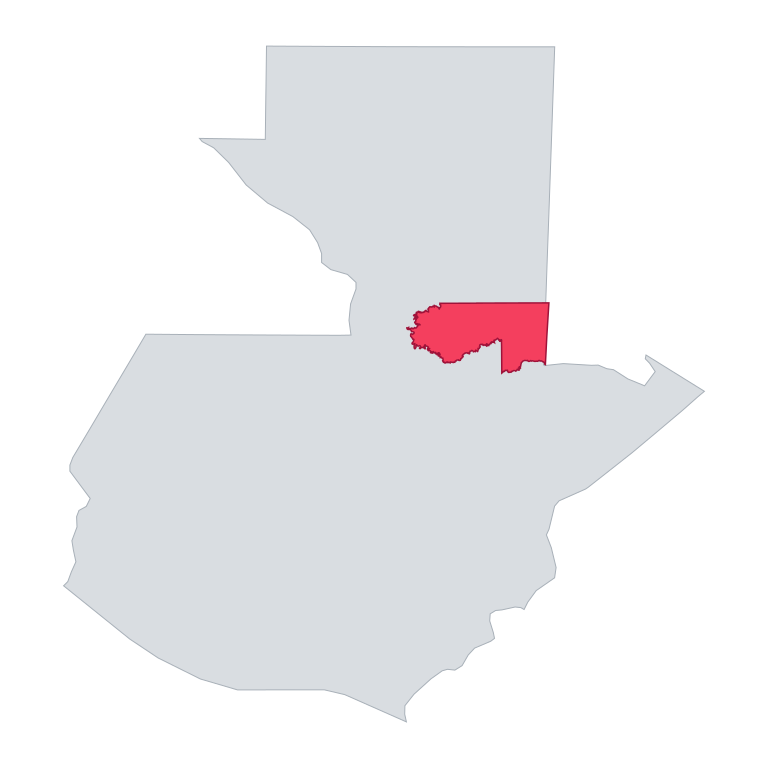 San Luis, Petén, Guatemala shown in context
{"feature_id": "79465075B4836456001209", "entity_name": "San Luis", "entity_type": "district", "adm_level": 2, "iso_a3": "GTM", "parent_name": "Guatemala", "parent_adm1": "Petén", "projection": "albers", "projection_center": [-89.769, 16.056], "detail": "fine", "context": "in_parent", "style": "filled", "palette": "rose", "viewbox_px": 768, "rotation_deg": 0, "n_neighbors": 0, "source": "geoboundaries", "source_scale": "gbopen_adm2", "svg_char_len": 7514}
<svg xmlns="http://www.w3.org/2000/svg" viewBox="0 0 768 768"><path d="M63.6,585.8L67.8,581.6L71.4,571.8L75.9,561.8L73.4,550.1L71.9,540.7L77.0,527.0L76.6,516.7L79.0,510.4L86.3,506.4L90.2,498.5L69.9,471.2L69.9,465.1L72.8,457.5L89.9,428.8L110.1,394.6L132.5,356.9L145.9,334.2L194.0,334.6L225.9,334.8L266.3,335.0L310.3,335.2L339.1,335.3L351.0,335.1L349.0,320.3L350.6,303.9L356.0,289.0L356.0,282.4L347.4,274.4L330.8,269.6L321.6,262.5L321.6,253.5L317.6,242.6L309.6,229.8L292.9,216.6L267.7,203.1L246.2,185.0L228.6,162.4L213.7,147.8L202.2,141.6L199.5,138.4L233.3,138.9L265.3,139.4L265.7,107.1L266.1,78.5L266.5,46.1L324.4,46.4L393.5,46.7L465.2,46.8L521.6,46.8L554.7,46.8L553.3,86.9L551.7,133.4L550.5,167.6L548.9,213.3L547.2,259.9L545.0,323.6L543.5,364.7L544.3,365.6L563.3,363.6L591.4,365.3L598.2,365.1L606.8,368.7L613.5,369.7L627.8,378.9L644.6,385.8L655.2,371.6L649.6,363.2L645.3,358.8L646.0,355.0L704.4,391.3L697.6,397.0L682.8,410.1L656.1,432.6L632.1,452.7L608.9,471.0L588.0,487.4L585.6,489.0L559.1,500.8L554.6,506.1L549.0,529.2L546.4,534.9L551.3,547.7L556.1,567.5L554.6,577.8L536.2,590.6L527.8,602.1L524.1,609.5L520.8,607.6L515.1,607.0L501.9,609.9L495.6,610.5L490.2,613.8L489.7,620.9L493.3,632.5L494.5,638.4L490.8,641.2L474.6,648.1L468.2,655.0L462.1,665.6L454.9,670.1L447.5,669.3L442.2,670.8L431.0,678.8L414.0,694.2L404.9,705.7L404.7,714.2L406.4,721.9L344.7,694.6L324.2,689.8L237.5,689.9L200.4,679.0L158.2,658.0L129.7,639.0L63.6,585.8Z" fill="#d9dde1" stroke="#a8b0b8" stroke-width="1"/><path d="M515.7,371.1L516.6,370.6L517.1,369.8L517.1,369.4L517.5,369.2L517.9,369.3L518.4,370.1L519.0,370.1L518.8,369.1L519.0,369.0L519.4,369.2L519.6,369.0L519.0,368.1L519.5,368.1L519.9,368.5L520.5,368.0L520.4,367.8L519.7,367.6L519.3,366.9L519.5,366.7L520.3,366.7L520.8,365.9L520.7,365.1L521.2,363.6L521.2,362.9L523.0,361.0L524.7,360.4L526.6,360.6L527.5,360.4L527.8,360.6L528.0,361.1L528.7,361.4L529.6,361.3L530.8,360.6L531.3,361.1L532.4,360.8L534.8,361.4L536.6,361.2L537.8,361.3L538.8,360.5L539.4,360.5L540.1,361.1L540.7,360.9L541.7,361.0L543.0,361.9L543.5,361.9L544.4,362.7L544.7,363.3L544.7,364.1L545.2,364.1L545.4,364.3L546.8,336.6L548.9,302.9L476.5,303.1L476.4,303.2L439.9,303.3L440.0,303.9L439.8,304.5L440.2,305.0L440.7,305.1L440.7,306.6L440.4,307.3L439.8,307.6L439.6,308.3L439.2,308.9L438.9,308.6L439.0,307.9L438.6,307.4L437.9,307.3L436.2,306.1L434.8,305.9L434.4,305.4L434.2,305.4L434.1,306.9L433.0,306.2L432.7,306.3L432.2,306.9L431.7,306.8L431.1,307.1L430.6,306.8L429.8,306.8L429.2,307.5L428.6,308.1L428.5,308.7L427.9,309.1L428.5,309.9L428.4,310.6L428.5,311.2L428.5,311.9L428.2,311.9L427.7,311.3L427.1,311.5L426.6,311.3L425.9,310.4L424.7,311.2L424.8,311.6L424.6,311.9L423.6,312.0L423.4,312.4L422.8,312.3L422.1,312.7L421.9,312.4L421.2,312.7L420.8,312.0L420.1,311.9L419.9,312.4L420.0,312.7L419.9,312.7L419.2,312.0L419.1,311.5L418.7,311.3L418.3,311.4L418.3,311.8L418.6,311.9L418.6,312.2L417.6,312.1L417.2,312.1L416.9,312.4L416.7,312.3L416.4,312.4L416.3,312.8L416.9,313.7L416.8,314.0L415.8,314.1L414.0,314.9L413.7,315.2L413.6,315.6L413.9,315.8L414.4,315.9L415.2,316.5L415.6,316.6L415.8,316.5L415.9,315.3L416.4,315.1L417.8,317.1L417.8,317.5L417.5,317.9L417.2,317.9L416.0,317.3L415.5,317.3L415.0,317.5L414.1,318.5L414.0,319.1L414.8,318.7L416.1,319.0L416.4,319.2L416.3,319.6L415.7,320.2L415.7,321.6L414.7,322.1L414.7,322.5L415.8,324.1L416.5,324.7L416.8,324.7L416.8,324.4L416.3,324.1L416.2,323.8L416.2,323.6L416.6,323.5L417.2,323.6L417.8,324.3L418.9,324.0L419.2,324.1L420.0,324.6L420.0,324.8L418.9,324.8L418.2,325.0L417.4,326.6L416.5,327.3L416.2,327.9L415.3,328.0L414.4,327.6L414.1,328.2L413.2,328.7L412.4,328.6L412.0,328.0L411.7,328.0L410.5,328.6L409.7,328.4L409.0,328.9L408.4,329.1L408.1,329.0L408.0,328.7L408.4,327.5L407.9,327.7L407.5,328.2L406.9,328.0L407.0,328.7L407.7,329.4L408.3,329.5L409.7,329.4L411.0,330.2L411.3,330.6L411.5,331.7L412.7,331.6L413.9,332.1L414.1,332.4L413.9,333.5L413.2,333.7L412.7,334.4L412.4,334.3L411.5,333.8L411.0,333.8L410.7,334.4L410.6,335.6L410.8,336.5L411.5,337.0L411.8,337.7L412.5,338.3L412.8,339.2L413.6,339.2L413.9,339.6L413.2,341.9L412.3,342.7L412.0,343.5L412.2,344.0L412.8,344.2L413.4,344.1L414.5,343.6L414.8,343.6L414.8,344.0L414.2,344.7L414.1,347.1L414.3,348.2L414.7,348.7L414.9,348.8L415.3,348.5L416.0,347.2L416.1,346.8L415.9,345.4L416.5,344.7L416.7,344.8L417.5,345.8L417.9,346.1L418.4,346.1L419.8,345.6L420.1,345.7L420.5,346.9L420.3,347.4L419.5,348.0L419.5,348.3L419.9,348.6L420.3,348.6L421.5,347.3L422.3,347.6L423.4,347.1L423.8,347.3L424.0,348.1L424.8,348.1L424.8,348.6L425.0,348.8L425.4,348.2L425.0,347.4L425.0,346.3L424.2,346.2L424.7,345.0L425.3,344.9L425.5,345.2L425.6,346.0L426.5,346.1L427.7,346.5L428.4,347.2L427.8,348.0L427.5,349.3L427.9,349.4L428.7,348.7L429.5,348.7L429.4,349.0L428.7,349.3L428.1,350.5L428.8,350.8L430.1,350.7L430.4,350.9L430.6,351.3L430.6,352.1L430.4,352.5L430.5,352.7L430.8,352.7L431.4,352.0L431.8,351.8L432.2,352.1L432.1,353.1L432.8,353.1L433.1,352.7L433.0,351.8L433.3,351.6L434.5,352.9L435.0,352.9L435.3,352.4L435.6,352.4L435.8,352.7L435.8,353.8L436.1,354.0L436.8,353.6L437.1,353.6L437.3,354.0L437.2,354.8L437.8,355.0L438.5,354.4L438.1,353.5L438.1,352.9L438.6,352.7L439.1,352.8L439.7,353.5L439.8,354.3L440.1,354.7L439.9,355.0L439.1,355.3L438.7,356.0L439.6,356.2L440.7,356.8L440.2,357.3L440.2,357.6L441.4,357.4L442.2,358.4L442.8,358.2L443.2,359.9L442.6,360.7L443.1,361.7L443.7,361.6L443.9,362.1L443.8,362.4L444.7,362.6L444.9,363.0L445.8,362.9L446.1,362.3L447.0,362.0L447.5,362.0L447.5,362.6L448.1,362.6L448.4,362.4L448.6,362.6L449.6,362.6L450.1,362.9L450.3,362.0L450.9,362.2L451.3,362.1L452.4,362.4L453.0,362.2L453.3,362.5L453.8,362.2L454.8,362.3L455.3,361.1L456.2,360.9L456.2,360.5L456.9,360.1L457.8,360.0L458.4,359.8L458.6,359.9L458.7,360.3L459.2,360.5L460.3,360.3L460.8,359.2L460.8,358.7L461.2,358.7L461.9,358.1L462.1,357.5L462.4,357.3L462.4,356.8L463.1,356.7L463.1,356.1L462.4,355.4L463.4,354.2L464.6,353.6L465.1,353.0L465.5,353.1L466.4,352.8L467.3,353.0L467.5,353.2L468.0,352.8L468.3,353.2L468.8,353.4L468.9,353.7L469.4,353.8L469.7,353.3L469.6,352.4L470.0,351.8L470.1,351.2L471.3,351.0L471.9,350.4L473.0,351.1L473.4,351.8L474.4,351.4L475.3,351.6L475.3,351.0L475.7,350.2L476.1,350.3L476.7,351.0L477.6,351.5L477.9,350.9L478.1,349.7L478.4,349.4L478.2,348.7L478.6,348.8L479.2,348.4L479.5,347.8L479.4,347.2L480.0,347.2L480.1,346.3L479.7,345.7L479.7,345.1L480.5,344.4L481.0,344.5L481.3,344.3L481.9,344.6L482.7,344.3L483.2,344.7L483.0,345.2L483.2,345.4L483.9,345.0L484.6,345.1L484.9,344.9L485.2,345.4L485.7,345.4L486.1,344.9L486.4,344.9L486.8,345.2L486.8,346.0L487.3,345.8L487.4,345.1L486.5,344.0L486.6,343.8L486.9,343.9L487.8,344.4L487.8,345.1L488.6,345.5L488.7,344.9L489.5,344.7L489.6,344.1L490.1,343.8L490.8,343.6L490.5,343.0L491.2,342.2L491.6,342.5L491.9,342.0L492.5,342.3L492.7,342.0L493.2,342.3L493.7,342.2L494.2,342.5L493.9,341.8L494.3,341.7L494.0,341.3L494.0,340.3L494.5,340.1L494.7,340.3L495.1,340.2L495.4,339.8L495.9,339.8L496.2,339.3L497.1,338.9L497.3,338.5L497.5,338.7L497.9,338.6L498.2,339.1L498.5,339.3L498.7,340.0L499.6,339.8L500.0,340.1L499.8,341.2L500.0,341.2L500.4,341.2L500.5,340.6L501.1,340.6L501.0,340.1L501.2,339.7L501.3,339.7L501.5,339.9L501.6,340.6L501.5,341.5L501.6,347.0L501.8,373.1L502.9,372.2L503.0,371.7L503.5,371.3L503.9,371.5L504.5,371.4L504.7,370.9L505.2,370.6L505.3,370.3L506.2,370.4L507.3,370.2L507.5,370.3L507.5,371.2L507.9,371.5L508.1,372.1L508.9,372.5L510.1,372.1L510.9,372.3L511.5,371.9L511.6,371.4L512.2,371.4L512.4,371.2L513.0,371.0L513.4,370.6L515.3,370.6L515.7,371.1Z" fill="#f43f5e" stroke="#9f1239" stroke-width="1.5"/></svg>